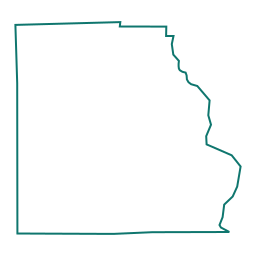 outline of Crawford, Illinois, United States of America
{"feature_id": "52423323B85886760201648", "entity_name": "Crawford", "entity_type": "district", "adm_level": 2, "iso_a3": "USA", "parent_name": "United States of America", "parent_adm1": "Illinois", "projection": "natural_earth1", "projection_center": [-87.64, 39.014], "detail": "fine", "context": "isolated", "style": "outline", "palette": "teal", "viewbox_px": 256, "rotation_deg": 0, "n_neighbors": 0, "source": "geoboundaries", "source_scale": "gbopen_adm2", "svg_char_len": 582}
<svg xmlns="http://www.w3.org/2000/svg" viewBox="0 0 256 256"><path d="M229.3,232.0L220.9,227.5L219.5,225.0L222.6,217.2L224.2,204.6L232.7,196.5L237.2,186.6L240.6,166.5L231.7,155.3L206.6,144.4L206.2,136.2L211.0,124.7L208.3,115.3L209.6,100.4L197.3,86.0L191.1,84.2L188.5,82.2L186.9,79.4L186.6,75.4L185.6,72.6L182.4,71.8L179.8,70.2L178.9,68.6L178.6,66.2L178.6,63.8L178.9,60.9L173.3,54.6L171.8,44.1L173.5,36.0L166.1,36.0L166.3,26.6L119.8,26.5L120.3,22.1L15.4,24.9L17.2,83.3L17.4,233.5L36.9,233.6L113.3,233.9L152.2,232.2L229.3,232.0Z" fill="none" stroke="#0f766e" stroke-width="2"/></svg>